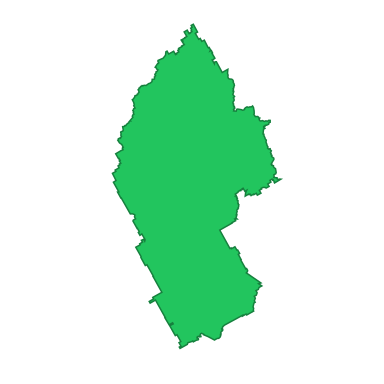 the district of Wagga Wagga, New South Wales, Australia, rotated 232°
{"feature_id": "25037944B76630671058420", "entity_name": "Wagga Wagga", "entity_type": "district", "adm_level": 2, "iso_a3": "AUS", "parent_name": "Australia", "parent_adm1": "New South Wales", "projection": "mercator", "projection_center": [147.38, -35.186], "detail": "fine", "context": "isolated", "style": "filled", "palette": "green", "viewbox_px": 384, "rotation_deg": 232, "n_neighbors": 0, "source": "geoboundaries", "source_scale": "gbopen_adm2", "svg_char_len": 6070}
<svg xmlns="http://www.w3.org/2000/svg" viewBox="0 0 384 384"><g transform="rotate(232 192 192)"><path d="M76.1,86.3L74.8,94.5L75.7,95.8L75.6,96.4L74.2,100.0L74.1,100.9L73.1,100.8L72.5,104.3L71.7,105.8L71.8,106.3L72.4,106.7L73.3,106.6L73.7,106.1L74.5,106.6L74.5,108.0L73.2,108.7L72.5,110.0L72.9,110.3L73.7,109.6L74.1,109.9L75.0,111.5L74.6,112.3L74.7,112.6L72.5,113.7L72.3,113.3L68.2,115.6L61.5,118.6L61.1,121.6L60.2,123.0L60.4,125.0L61.1,126.1L61.6,126.2L61.6,126.6L62.3,126.8L62.2,127.5L63.6,128.2L64.0,129.5L63.9,130.5L64.3,131.3L64.8,131.6L65.2,130.9L66.0,131.2L66.0,132.1L66.9,133.2L67.1,135.6L63.7,156.1L63.1,155.5L62.5,159.5L61.4,159.4L60.2,167.3L61.0,167.4L62.4,169.0L63.8,169.3L66.4,172.5L66.2,173.9L67.8,174.1L69.3,176.5L71.5,176.9L71.1,179.2L72.5,181.3L74.9,181.7L74.4,184.3L75.5,186.0L75.0,189.2L78.7,188.0L77.9,190.3L94.8,185.0L95.2,186.7L96.0,187.6L98.1,187.9L98.2,187.0L108.6,188.6L108.5,189.1L114.4,190.1L114.2,191.7L118.2,192.3L118.6,191.6L122.4,192.1L123.0,188.3L123.9,188.4L124.1,187.1L144.9,190.4L142.8,204.6L143.2,204.7L142.5,208.7L144.4,209.0L143.0,210.9L144.6,210.6L145.2,211.9L145.8,212.1L146.1,212.9L146.3,212.6L146.8,212.8L147.2,213.7L148.3,214.4L148.6,215.4L149.8,215.9L150.4,216.8L150.3,217.7L150.7,218.0L150.7,218.5L151.2,218.6L151.5,219.4L152.4,220.4L152.9,220.6L153.2,221.1L153.7,220.9L154.5,221.4L154.8,221.2L157.0,223.0L157.6,222.6L158.4,222.8L159.0,223.8L159.7,223.5L160.3,223.7L160.3,224.3L161.5,224.4L162.1,223.8L162.2,224.7L163.7,224.8L163.4,228.0L164.0,228.9L163.7,229.7L163.8,230.5L163.1,231.1L163.7,231.6L163.0,232.5L163.1,233.7L163.7,233.7L163.5,234.6L160.0,234.1L159.7,236.2L158.4,233.8L156.0,231.4L155.4,235.5L154.7,235.4L154.5,236.5L152.8,236.3L152.4,239.2L151.8,239.1L151.4,241.9L149.3,241.5L148.6,245.6L151.9,246.1L151.5,248.6L152.3,248.7L151.9,250.8L150.5,252.5L149.5,252.8L148.9,256.2L151.7,256.6L151.2,260.3L153.2,260.6L152.9,263.0L151.7,262.8L151.6,263.5L149.2,263.1L149.2,262.8L148.3,262.6L147.4,269.9L148.2,269.1L148.8,267.7L150.0,267.2L150.8,267.8L153.1,265.4L153.8,266.4L155.2,267.1L154.8,269.2L155.5,270.3L159.0,272.2L160.5,271.7L161.8,271.8L162.6,272.4L164.0,271.3L164.4,271.8L165.2,271.6L165.1,272.2L165.8,272.8L167.2,276.5L168.3,277.3L171.0,276.6L171.7,277.6L172.3,277.3L173.5,277.6L173.7,278.1L174.8,278.1L175.6,279.9L177.4,279.7L178.0,280.2L178.8,278.7L180.1,278.6L180.7,279.6L182.6,279.8L183.6,280.4L185.8,281.0L187.1,282.5L189.0,282.4L190.1,283.0L191.7,283.2L193.3,284.2L194.0,283.7L197.5,287.1L197.2,288.5L198.7,288.2L199.5,288.8L198.7,289.8L199.4,290.2L199.5,290.8L198.7,291.9L198.2,294.1L199.2,295.4L198.8,296.5L200.3,297.7L201.3,296.5L201.2,295.2L202.6,294.0L203.1,292.4L204.8,291.6L205.6,289.9L206.6,289.3L207.8,289.6L208.5,290.9L209.2,290.2L209.8,290.5L211.0,290.3L212.5,288.3L215.1,288.5L215.5,289.3L217.7,290.9L220.8,292.5L222.5,292.7L222.5,291.3L223.5,289.9L224.1,288.3L225.2,287.8L225.5,286.0L225.3,284.6L224.8,284.4L224.7,283.7L225.2,282.3L226.5,281.6L229.3,279.0L229.6,278.1L228.5,276.6L230.2,274.8L230.4,275.3L231.4,275.5L231.4,276.2L231.8,276.5L231.7,277.3L232.7,277.8L233.3,277.5L233.4,278.0L235.0,278.1L235.7,279.0L236.3,278.8L237.3,279.4L237.9,280.3L238.1,281.4L239.2,282.3L240.8,282.7L241.0,284.3L243.7,284.2L245.4,286.7L246.4,286.4L246.7,287.5L248.1,287.9L248.3,289.1L249.1,289.6L249.8,291.0L251.8,291.9L252.9,291.9L253.5,292.3L253.8,292.8L255.1,293.1L256.4,292.8L258.2,290.9L259.5,290.7L260.7,291.2L261.9,292.4L263.6,293.0L266.6,295.8L267.6,289.4L279.6,291.4L280.4,290.3L280.3,289.6L279.3,288.6L283.6,289.2L283.3,289.9L283.3,292.4L289.1,293.2L289.0,293.8L291.3,294.3L291.8,294.3L292.0,293.1L292.5,294.1L295.3,294.5L295.4,293.7L296.5,293.7L304.1,295.2L304.6,292.5L308.0,293.0L308.2,291.3L315.0,292.3L314.6,294.8L323.4,296.3L323.8,293.9L321.7,293.5L321.9,291.8L320.1,291.6L319.8,290.8L318.4,290.6L318.7,288.6L318.3,288.5L318.5,287.2L322.5,287.9L323.0,284.4L317.7,283.6L318.1,281.3L317.7,281.2L318.4,277.0L317.8,277.0L316.6,277.8L316.4,277.7L316.5,276.8L312.9,276.6L313.4,273.9L312.8,273.8L313.4,269.8L312.2,269.5L312.4,268.1L310.5,267.8L310.9,264.8L310.2,264.7L310.4,263.6L314.2,264.2L315.1,258.6L318.4,259.1L318.6,257.8L316.1,255.3L315.2,251.6L316.6,246.3L316.2,245.7L314.4,245.4L314.1,245.0L314.0,244.5L314.4,244.1L313.0,239.8L312.2,240.2L310.5,239.9L309.3,240.4L308.6,239.0L308.8,237.5L307.9,236.9L307.8,235.8L307.3,234.9L306.2,234.9L306.2,234.5L305.6,233.8L305.8,233.2L304.2,232.1L304.1,231.6L305.3,230.0L303.6,228.4L303.5,226.2L304.1,224.6L304.2,221.5L305.6,219.9L305.8,218.9L306.6,218.2L306.3,217.6L306.7,217.1L306.6,215.8L306.2,215.2L306.5,214.3L306.0,213.8L305.7,212.4L305.1,212.5L303.2,211.7L303.0,210.4L302.5,209.7L302.8,209.1L302.2,208.0L303.0,206.4L302.2,205.4L301.4,203.0L301.5,201.8L298.5,201.2L296.2,200.1L295.9,199.2L293.2,198.8L293.5,197.3L293.3,196.8L292.8,196.5L292.6,195.5L291.1,195.4L290.7,194.6L289.0,194.0L289.2,193.0L288.5,191.6L287.3,191.4L286.4,187.2L286.0,187.2L286.3,186.9L286.1,185.5L285.4,184.8L285.7,183.5L285.5,182.0L285.1,181.0L285.7,180.0L285.2,179.3L286.2,177.6L283.2,176.0L282.6,174.8L283.2,173.1L282.9,172.5L281.3,171.9L281.0,171.3L280.2,170.7L279.1,170.6L278.8,169.0L278.4,168.7L279.0,168.3L279.3,166.7L278.4,166.1L278.5,165.4L275.4,165.1L272.7,165.9L269.5,165.3L269.7,164.6L269.0,163.8L268.0,163.9L267.7,163.6L268.3,161.6L269.1,155.4L263.4,154.6L263.3,155.2L261.0,154.8L261.2,153.8L258.5,153.6L258.8,151.9L257.8,151.7L258.1,149.8L256.0,149.4L256.6,144.9L255.1,144.7L255.7,140.8L247.8,139.2L248.1,136.1L237.2,134.4L237.8,133.3L231.0,132.2L230.9,132.6L212.7,129.9L211.4,131.7L209.4,132.9L208.4,132.3L207.9,131.4L205.6,131.0L206.0,128.4L205.5,127.6L197.1,126.3L197.1,126.6L193.1,126.0L193.2,124.8L189.9,124.3L189.8,126.6L183.3,125.7L182.4,124.5L184.5,124.8L185.1,122.4L183.0,122.2L183.4,118.9L182.3,118.7L183.1,113.7L172.5,112.1L171.9,111.4L162.8,109.9L162.4,111.7L149.4,109.7L149.5,109.3L131.5,106.5L133.1,96.2L131.4,95.9L132.1,90.9L130.2,90.6L129.3,96.7L109.4,93.6L109.5,93.2L101.5,92.2L100.9,96.2L99.6,96.0L100.3,92.1L89.1,90.4L88.8,92.3L81.0,91.1L81.3,89.0L77.3,88.4L77.6,86.5L76.1,86.3Z" fill="#22c55e" stroke="#15803d" stroke-width="1.5"/></g></svg>